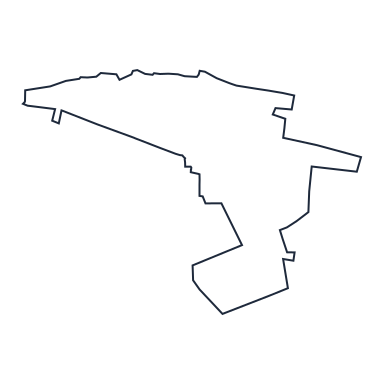 City of Tomok, Chuy, Kyrgyzstan (Natural Earth projection)
{"feature_id": "92254566B71058624193805", "entity_name": "City of Tomok", "entity_type": "district", "adm_level": 2, "iso_a3": "KGZ", "parent_name": "Kyrgyzstan", "parent_adm1": "Chuy", "projection": "natural_earth1", "projection_center": [75.292, 42.818], "detail": "fine", "context": "isolated", "style": "outline", "palette": "slate", "viewbox_px": 384, "rotation_deg": 0, "n_neighbors": 0, "source": "geoboundaries", "source_scale": "gbopen_adm2", "svg_char_len": 1285}
<svg xmlns="http://www.w3.org/2000/svg" viewBox="0 0 384 384"><path d="M23.0,103.8L27.6,105.7L31.1,106.1L41.5,107.4L55.1,109.1L52.2,120.7L58.8,123.4L61.5,110.4L62.4,110.7L97.4,124.4L118.2,132.0L133.8,137.7L135.4,138.4L160.5,148.1L175.6,153.8L179.9,155.1L182.4,155.4L183.0,156.2L183.8,157.1L185.1,158.3L184.7,159.1L185.1,162.6L185.2,166.7L190.7,166.7L191.3,167.5L191.1,169.6L190.9,169.7L190.8,172.2L195.2,173.2L198.0,173.8L199.5,174.3L199.6,179.4L199.5,184.8L199.5,195.9L202.7,196.4L205.5,203.4L221.4,203.3L242.0,245.1L192.6,265.4L193.1,280.3L199.6,289.5L222.5,313.9L269.1,295.8L287.9,288.2L283.1,259.0L293.4,260.7L294.6,252.4L287.1,252.3L282.7,239.1L279.9,230.1L286.9,227.4L296.6,221.1L308.4,212.1L309.2,191.4L311.7,166.5L356.8,171.7L361.0,157.1L317.1,145.2L283.2,137.8L284.4,128.2L285.3,118.8L272.8,114.5L275.5,108.1L291.7,109.5L294.2,95.5L282.3,92.9L275.6,91.8L268.6,90.6L256.6,88.8L244.1,86.8L236.5,85.6L232.9,84.4L229.5,83.2L216.7,78.2L204.9,71.7L199.7,70.8L198.7,74.6L196.9,76.9L184.6,76.2L177.9,74.3L168.5,73.7L160.0,74.0L154.0,73.2L152.6,74.8L145.1,73.9L137.3,70.1L132.9,70.9L131.4,74.4L119.5,79.8L116.4,74.3L100.8,73.0L96.3,76.7L87.5,77.5L80.6,77.2L79.3,78.8L65.9,80.9L50.2,86.4L25.2,90.3L25.0,101.2L24.6,102.2L23.0,103.8Z" fill="none" stroke="#1e293b" stroke-width="2"/></svg>